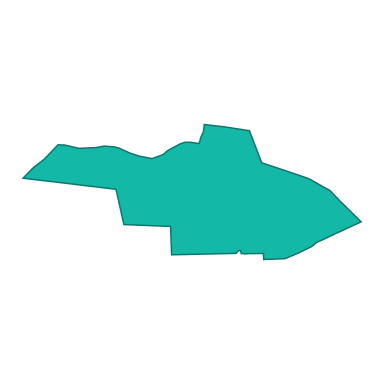 Barbar, River Nile, Sudan
{"feature_id": "16777658B59808076214537", "entity_name": "Barbar", "entity_type": "district", "adm_level": 2, "iso_a3": "SDN", "parent_name": "Sudan", "parent_adm1": "River Nile", "projection": "mercator", "projection_center": [33.64, 18.168], "detail": "fine", "context": "isolated", "style": "filled", "palette": "teal", "viewbox_px": 384, "rotation_deg": 0, "n_neighbors": 0, "source": "geoboundaries", "source_scale": "gbopen_adm2", "svg_char_len": 1124}
<svg xmlns="http://www.w3.org/2000/svg" viewBox="0 0 384 384"><path d="M105.5,146.1L104.1,146.1L96.4,147.5L79.2,148.4L75.3,147.5L64.5,145.0L60.2,144.9L58.0,144.8L52.0,151.1L48.8,154.5L46.1,157.3L44.1,159.4L43.9,159.5L33.6,167.4L29.9,171.2L23.1,178.1L24.7,178.4L43.2,180.6L116.0,189.3L123.9,224.6L170.6,226.4L171.6,254.8L217.2,253.8L236.1,253.4L237.5,251.5L239.8,250.4L240.6,250.8L241.0,252.4L241.2,253.6L242.3,253.5L243.6,253.7L244.1,253.7L244.8,254.0L245.8,253.8L248.9,253.6L263.5,253.5L263.7,259.5L284.9,258.7L294.0,254.9L298.8,252.9L312.2,246.2L316.1,242.8L335.0,233.9L354.5,224.9L357.0,223.8L360.0,222.4L360.9,221.7L361.0,221.7L340.1,201.1L329.8,190.4L328.2,189.5L323.1,186.8L310.7,179.7L307.7,178.3L284.3,170.3L261.7,162.8L249.4,130.6L246.4,130.3L244.1,129.9L223.5,126.7L222.4,126.6L204.3,124.5L204.1,125.4L204.1,126.8L203.6,130.8L202.8,133.4L201.8,135.0L200.4,138.7L200.3,139.5L200.0,140.9L199.7,141.6L199.1,143.5L190.2,142.3L184.8,142.3L180.1,143.9L167.5,150.7L163.3,154.5L152.1,158.6L139.9,156.3L129.9,153.1L119.3,148.2L114.0,146.8L106.3,146.3L105.5,146.1Z" fill="#14b8a6" stroke="#0f766e" stroke-width="1.5"/></svg>